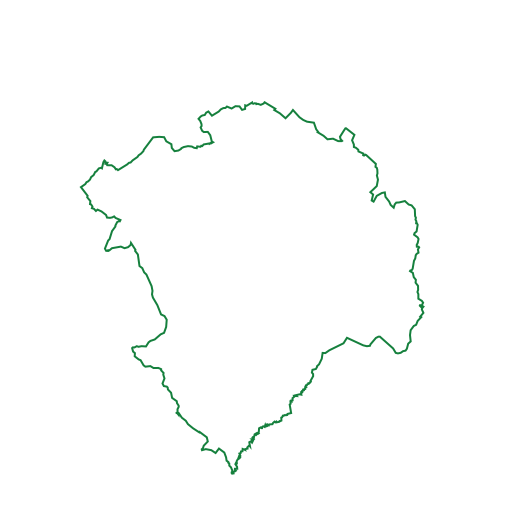 the district of Castleisland Lea-4, Kerry, Ireland, rotated 55°
{"feature_id": "5873133B10619392934553", "entity_name": "Castleisland Lea-4", "entity_type": "district", "adm_level": 2, "iso_a3": "IRL", "parent_name": "Ireland", "parent_adm1": "Kerry", "projection": "mercator", "projection_center": [-9.401, 52.23], "detail": "fine", "context": "isolated", "style": "outline", "palette": "green", "viewbox_px": 512, "rotation_deg": 55, "n_neighbors": 0, "source": "geoboundaries", "source_scale": "gbopen_adm2", "svg_char_len": 6128}
<svg xmlns="http://www.w3.org/2000/svg" viewBox="0 0 512 512"><g transform="rotate(55 256 256)"><path d="M414.7,178.3L409.1,175.2L405.5,171.9L403.8,166.9L404.2,164.3L401.9,160.8L400.9,155.8L399.9,156.3L398.6,151.5L394.9,150.8L394.1,149.9L393.5,147.9L391.8,148.6L392.5,150.0L390.7,150.3L390.4,149.8L391.6,148.6L390.1,145.9L387.8,145.9L384.1,147.5L380.4,144.9L378.1,144.4L376.7,142.6L373.4,140.4L369.4,140.6L367.2,138.7L363.8,138.9L359.8,137.2L356.7,138.5L356.4,137.9L356.9,136.5L356.3,135.0L350.6,129.4L349.3,126.9L347.0,124.7L346.4,123.2L346.5,121.0L343.5,119.6L342.5,117.4L341.6,117.5L340.6,118.9L339.1,118.0L338.1,116.1L335.3,113.1L333.4,112.9L329.2,114.3L328.2,113.0L328.0,110.4L323.2,105.7L321.4,105.4L321.0,106.0L319.5,104.7L317.7,104.5L316.4,103.1L314.6,102.8L308.8,99.1L303.8,99.5L301.4,101.4L296.4,102.5L294.2,108.1L292.7,110.5L293.3,112.8L295.4,115.5L291.4,116.4L287.8,115.7L281.8,116.0L277.8,114.0L276.6,116.7L276.0,122.6L278.9,128.5L276.9,129.4L272.8,124.8L269.3,125.7L268.0,117.0L263.4,112.3L259.4,110.8L258.0,109.1L254.8,107.1L253.1,106.5L251.5,107.0L249.3,105.0L236.6,107.8L235.8,108.2L235.7,109.9L234.9,110.4L233.7,109.3L229.1,112.1L227.6,111.3L224.6,112.1L222.9,113.3L220.8,111.9L216.3,110.9L213.2,105.9L203.0,109.0L202.7,109.5L203.6,111.9L206.5,118.8L208.7,119.7L211.1,119.4L211.1,119.9L209.0,122.8L204.1,125.6L201.4,130.5L196.3,131.7L190.2,134.4L190.2,133.9L186.7,134.0L180.0,132.1L175.2,137.2L171.6,139.3L167.3,140.8L157.6,142.0L158.7,145.2L160.1,152.8L152.8,154.6L146.9,157.3L146.5,155.7L135.0,160.8L135.5,162.3L134.9,165.4L132.4,167.2L131.8,168.6L131.1,168.4L129.9,169.8L129.8,170.8L128.5,171.8L128.0,171.4L127.6,177.5L126.4,178.4L129.3,180.6L128.3,183.6L124.0,183.7L121.5,186.9L121.2,191.4L116.9,194.1L117.2,196.1L116.1,197.9L115.7,200.7L116.3,203.7L115.8,211.6L110.3,212.1L110.0,214.6L111.1,217.1L110.1,219.4L110.0,221.2L110.7,224.4L113.4,224.2L116.7,225.0L118.3,226.0L118.9,227.6L122.5,228.3L124.5,227.7L126.7,224.3L130.8,224.2L136.8,226.5L138.2,225.9L138.0,228.1L137.4,228.0L137.4,229.8L137.0,229.7L134.6,234.9L135.1,237.0L134.3,237.6L134.7,238.8L132.5,241.3L133.7,242.7L131.9,244.6L129.5,245.8L127.0,248.7L125.3,252.7L124.9,255.3L125.3,256.1L125.1,259.1L123.4,262.6L119.2,263.0L115.9,261.2L110.6,263.7L106.0,263.1L102.9,266.9L99.8,272.2L104.6,286.9L105.5,288.1L106.2,291.5L106.2,294.4L106.9,296.3L106.9,302.2L107.5,305.1L106.8,306.6L107.1,309.0L106.5,319.8L104.9,320.2L104.6,321.1L102.2,321.0L98.9,322.2L96.3,325.8L95.1,325.6L94.4,324.2L93.6,325.1L94.4,326.0L94.1,326.5L92.1,325.1L90.8,325.4L91.6,327.2L95.8,331.9L94.9,332.2L94.1,334.5L95.2,338.3L94.9,339.4L96.6,342.6L96.8,345.8L98.2,348.2L98.6,351.0L98.3,352.5L99.2,354.6L99.2,359.9L110.1,359.4L111.1,360.6L116.0,360.2L118.3,362.2L119.2,361.5L121.7,361.6L122.7,363.0L124.4,361.7L127.3,361.3L127.1,359.2L130.9,357.0L136.4,355.3L139.1,356.0L141.0,353.7L141.9,351.7L142.2,349.5L144.3,349.2L148.8,346.4L149.5,347.7L148.8,348.3L148.6,350.3L150.4,353.7L151.2,354.3L153.0,359.6L158.2,366.3L158.5,368.2L163.3,375.5L165.8,375.8L167.0,374.3L166.5,373.7L167.3,373.0L167.0,369.5L170.8,361.3L174.2,359.2L175.4,355.7L175.0,352.3L173.6,350.9L181.8,351.2L182.5,352.1L187.0,351.9L197.4,357.2L200.7,356.1L205.3,357.0L208.3,356.4L220.8,358.8L225.2,360.8L227.8,363.2L230.9,364.3L239.7,365.0L249.4,367.3L252.7,365.4L257.0,365.7L262.6,370.3L266.2,375.4L265.5,379.0L266.3,386.8L265.0,391.2L265.1,393.5L267.0,398.0L264.2,401.5L263.0,404.3L261.5,405.4L261.2,408.0L260.2,409.3L260.4,410.3L263.8,411.5L266.1,410.9L268.6,412.9L273.5,411.4L275.1,410.3L281.1,410.8L283.2,410.1L285.6,405.7L289.0,404.2L291.7,400.2L294.3,398.6L295.3,399.3L298.8,398.8L300.0,400.0L303.8,401.2L306.8,405.7L309.7,406.1L311.8,404.0L313.1,403.8L314.8,404.7L319.3,404.0L324.1,406.1L329.5,404.2L331.2,405.1L334.2,405.2L335.2,405.8L336.5,408.2L338.8,409.7L339.1,410.4L338.6,411.8L339.4,410.7L340.9,410.6L339.5,409.9L340.2,409.4L345.9,409.5L350.7,408.0L354.7,408.2L361.0,406.4L368.0,403.6L367.8,403.1L376.3,400.3L380.3,401.9L381.4,407.6L383.0,409.7L383.2,411.3L384.1,411.6L385.4,407.9L389.4,404.0L394.2,402.1L392.5,396.8L398.8,394.7L403.8,396.0L406.8,397.5L408.8,396.8L409.4,397.3L410.6,396.9L412.4,398.1L414.8,397.7L417.8,398.4L419.3,398.9L419.1,399.8L419.7,400.4L420.6,400.4L421.2,399.1L419.7,398.5L420.3,397.0L420.3,395.7L419.0,396.0L418.2,395.3L419.5,393.4L417.8,392.4L414.7,392.3L414.4,391.8L415.4,391.7L414.9,390.6L413.1,389.7L412.2,387.9L412.2,385.4L411.7,384.1L411.3,384.1L411.6,385.5L411.2,386.0L410.0,384.3L410.2,383.3L408.3,382.9L408.7,381.7L407.5,380.4L408.2,379.1L406.4,377.6L408.4,376.3L407.8,376.2L408.9,373.4L407.8,372.9L407.3,370.2L408.5,370.1L404.7,368.3L404.9,366.5L406.6,366.3L405.6,364.5L404.4,364.6L405.1,364.0L404.8,362.7L403.7,362.9L403.7,363.9L402.7,363.1L402.6,362.2L403.2,361.5L401.3,359.4L401.4,358.2L402.2,359.0L402.7,358.7L402.5,357.8L401.5,357.5L401.7,356.4L402.8,356.3L402.8,355.5L402.1,355.6L401.8,354.7L398.9,352.3L399.1,350.5L400.2,350.2L400.9,349.1L400.1,349.7L399.6,349.1L399.6,347.8L401.0,347.0L399.9,345.5L401.2,345.9L401.6,344.8L400.0,344.5L400.3,343.3L402.1,342.7L401.6,341.7L403.2,339.0L402.5,337.7L402.3,335.8L403.2,335.6L403.3,334.4L404.0,334.7L405.1,332.2L404.4,330.7L405.1,331.3L405.4,329.6L402.9,328.0L403.1,327.1L402.2,325.6L402.8,324.9L402.6,324.1L403.7,322.6L403.5,322.1L404.1,321.5L403.5,320.6L404.8,317.3L397.0,313.6L396.9,312.4L394.9,311.2L395.6,310.4L394.6,310.1L395.2,308.8L393.4,307.6L393.2,305.3L392.4,305.1L393.9,303.2L392.8,303.4L394.3,299.6L395.6,298.4L394.5,297.9L394.2,296.7L393.7,297.3L393.3,297.0L393.4,295.9L393.0,295.6L393.2,295.1L392.5,294.1L393.3,293.5L392.7,292.8L393.1,292.0L392.3,291.6L392.3,290.3L391.3,290.5L390.6,289.2L391.1,288.6L390.5,287.4L390.9,286.3L390.3,285.9L390.8,285.3L390.7,284.0L390.3,283.1L389.7,283.2L387.2,278.1L385.4,276.9L383.6,277.1L381.6,275.0L382.9,271.8L381.9,269.6L381.3,269.3L380.9,266.5L377.9,261.1L373.6,257.0L375.3,254.9L375.3,249.9L377.7,234.4L375.2,228.4L390.7,219.4L393.5,216.9L394.9,214.2L394.0,212.9L391.9,204.8L392.3,202.0L393.1,200.8L410.4,196.7L415.5,197.1L417.2,195.6L418.3,193.0L418.3,190.1L419.3,187.8L418.5,185.6L415.1,181.6L414.7,178.3Z" fill="none" stroke="#15803d" stroke-width="2"/></g></svg>